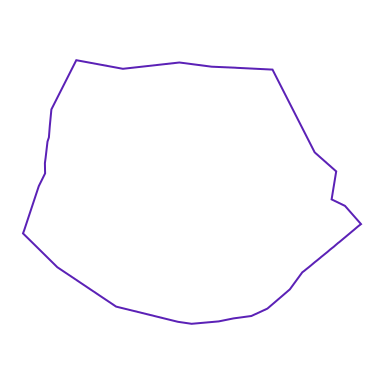 the district of Cogt-Ovoo, Ömnögovi, Mongolia
{"feature_id": "93677404B91426853528809", "entity_name": "Cogt-Ovoo", "entity_type": "district", "adm_level": 2, "iso_a3": "MNG", "parent_name": "Mongolia", "parent_adm1": "Ömnögovi", "projection": "orthographic", "projection_center": [105.361, 44.337], "detail": "fine", "context": "isolated", "style": "outline", "palette": "violet", "viewbox_px": 384, "rotation_deg": 0, "n_neighbors": 0, "source": "geoboundaries", "source_scale": "gbopen_adm2", "svg_char_len": 839}
<svg xmlns="http://www.w3.org/2000/svg" viewBox="0 0 384 384"><path d="M361.0,224.1L345.0,205.9L331.6,199.4L336.2,171.4L314.7,152.4L272.5,69.6L236.3,67.8L235.3,67.7L211.7,66.7L179.4,62.5L122.9,68.8L76.3,60.2L51.4,109.4L49.8,126.0L48.9,137.4L47.5,141.6L45.6,157.9L44.9,163.1L45.1,173.4L38.8,186.1L24.2,230.2L23.0,233.4L34.5,244.7L57.3,267.2L116.1,306.6L177.9,321.8L191.6,323.8L218.7,321.4L233.5,318.4L251.3,316.0L267.4,308.6L289.8,289.4L302.3,272.3L304.2,270.9L305.9,269.5L308.8,267.2L309.9,266.3L314.9,262.1L317.2,260.3L320.6,257.5L320.9,257.2L322.4,256.0L326.5,252.7L327.5,251.9L330.0,249.7L332.4,247.8L333.6,246.9L335.3,245.4L336.1,244.7L338.2,242.9L339.3,242.1L341.7,240.1L344.2,238.0L345.3,237.1L347.2,235.5L349.6,233.5L352.2,231.3L353.8,230.0L355.9,228.2L357.9,226.5L361.0,224.1Z" fill="none" stroke="#5b21b6" stroke-width="2"/></svg>